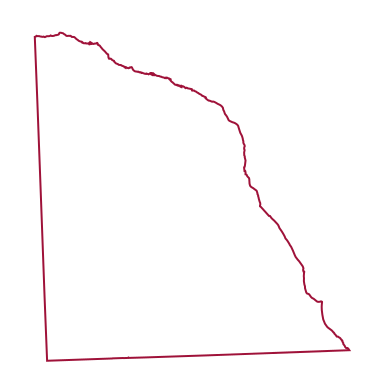 Franklin Harbour, South Australia, Australia (Mercator projection), rotated 268°
{"feature_id": "25037944B7803908509786", "entity_name": "Franklin Harbour", "entity_type": "district", "adm_level": 2, "iso_a3": "AUS", "parent_name": "Australia", "parent_adm1": "South Australia", "projection": "mercator", "projection_center": [137.156, -33.602], "detail": "fine", "context": "isolated", "style": "outline", "palette": "rose", "viewbox_px": 384, "rotation_deg": 268, "n_neighbors": 0, "source": "geoboundaries", "source_scale": "gbopen_adm2", "svg_char_len": 5882}
<svg xmlns="http://www.w3.org/2000/svg" viewBox="0 0 384 384"><g transform="rotate(268 192 192)"><path d="M28.4,343.7L29.7,342.9L30.4,342.3L30.7,341.7L30.6,341.0L30.7,340.6L31.7,339.7L33.0,339.2L34.8,337.9L35.8,337.9L36.5,337.4L38.1,337.1L38.4,336.9L38.4,336.5L39.1,336.3L40.1,335.4L40.7,335.1L41.1,334.6L41.8,333.5L42.3,333.0L42.5,332.2L42.4,331.8L42.5,331.6L44.2,330.5L45.4,329.4L46.1,329.2L46.3,328.9L46.6,328.8L46.8,328.4L47.8,327.7L48.9,326.7L51.6,323.3L52.5,322.4L55.7,320.3L60.1,318.7L64.8,318.0L69.5,317.6L72.7,317.6L75.0,317.8L77.1,318.1L77.7,318.1L78.0,317.7L78.2,317.0L77.9,316.4L77.8,314.2L78.2,313.1L81.1,309.8L81.9,308.3L82.9,307.3L85.5,305.6L86.0,305.0L86.5,303.5L87.1,303.0L87.6,302.7L91.9,301.6L93.8,301.6L95.6,301.1L99.1,300.7L101.9,300.9L104.0,300.8L106.9,301.1L108.4,301.4L108.6,301.3L108.6,300.9L108.6,300.7L109.5,300.4L110.9,300.4L111.9,300.7L113.8,300.1L119.0,296.7L120.8,295.2L123.5,293.3L125.6,292.4L129.7,290.9L133.7,289.2L135.7,287.9L136.9,287.4L139.5,285.9L141.0,284.9L142.3,283.8L144.3,283.1L147.1,281.7L149.4,280.4L152.8,278.2L155.7,277.1L156.9,276.3L160.6,273.1L161.9,271.7L163.2,270.5L165.3,269.1L165.4,268.8L165.4,268.1L174.7,260.3L175.3,259.5L176.1,259.5L177.0,259.8L178.1,259.8L178.9,259.7L179.8,259.3L183.0,258.5L184.4,258.3L185.2,258.0L186.2,258.0L187.8,257.3L188.3,257.4L190.8,256.7L191.3,256.3L193.1,254.0L193.6,253.5L194.0,252.8L195.0,251.3L196.2,250.3L198.3,249.8L201.9,249.7L202.8,249.7L204.0,249.4L205.4,248.1L206.2,247.6L207.3,247.2L207.6,246.8L207.8,246.1L208.4,246.1L209.4,246.2L211.0,246.0L211.2,245.9L211.4,245.7L211.1,245.3L211.1,245.2L214.6,244.9L215.0,245.0L215.3,245.5L217.1,245.9L221.6,246.6L224.9,245.9L225.2,246.0L226.0,245.9L226.8,245.5L227.6,245.5L229.8,245.5L231.7,246.0L232.7,245.9L233.2,245.6L234.0,245.7L235.0,245.8L235.6,246.2L236.1,246.3L237.1,246.1L238.1,245.6L238.5,245.3L238.9,245.2L240.0,245.0L241.0,245.1L242.3,244.7L243.5,244.6L245.5,244.1L246.7,243.7L249.3,242.4L250.6,242.0L254.9,240.8L256.3,240.5L257.3,239.9L258.2,239.0L259.2,237.6L259.9,236.2L260.3,234.9L261.4,232.7L261.9,231.8L262.6,231.1L265.7,229.8L267.4,228.8L268.5,227.9L269.7,227.4L271.5,226.9L272.9,226.2L275.1,225.8L276.3,225.0L277.4,223.9L278.1,222.9L279.4,220.4L279.9,219.8L281.3,217.4L281.7,216.1L281.5,215.3L282.7,212.7L282.7,212.1L283.1,211.3L284.5,209.6L285.5,208.7L285.7,208.8L285.6,209.1L285.9,209.2L286.3,208.9L286.9,207.5L287.5,206.5L287.7,205.6L288.3,205.2L289.1,204.2L289.9,202.6L290.7,201.8L291.0,201.0L292.2,199.5L292.8,198.1L293.4,197.5L293.4,197.1L293.3,196.3L293.4,195.6L293.9,195.4L294.6,195.5L294.8,195.4L295.8,191.2L296.2,190.8L296.3,190.4L296.4,190.1L296.1,189.6L296.0,189.3L296.3,189.0L296.6,188.4L297.2,188.1L298.0,186.6L297.9,186.4L297.7,186.2L297.7,185.8L297.6,185.5L298.3,185.5L298.7,184.8L298.6,184.6L297.5,184.9L297.3,184.9L297.7,184.0L298.1,183.8L298.4,183.3L299.1,182.6L299.2,182.0L299.7,180.8L299.7,180.4L299.4,180.7L299.0,181.4L298.9,181.4L299.4,180.3L300.0,178.6L301.2,177.5L301.5,177.1L302.2,176.5L302.9,175.5L304.4,174.3L305.1,174.0L305.1,174.6L305.4,174.6L305.9,173.7L305.4,173.6L305.4,173.4L305.7,173.2L306.1,172.8L306.9,171.6L307.1,171.1L306.8,170.7L307.2,170.4L307.3,170.0L306.7,169.4L306.7,169.1L306.8,168.7L307.3,168.1L307.8,166.1L308.3,165.3L308.4,164.7L308.4,164.4L308.7,163.9L309.0,163.3L309.3,161.2L309.7,160.3L310.2,159.5L310.3,158.9L310.0,158.4L310.0,158.0L310.3,157.3L310.4,156.9L310.2,156.8L310.0,157.2L310.1,156.8L310.7,155.8L310.8,156.1L310.6,156.8L310.6,157.6L311.2,157.5L311.5,157.9L312.1,157.2L311.9,156.4L312.0,156.3L312.3,156.0L312.4,154.8L312.3,154.6L312.1,154.7L311.7,153.7L311.1,152.8L311.5,152.0L311.7,151.2L312.0,150.7L311.9,150.2L311.6,150.7L311.6,150.2L311.8,149.0L312.8,146.5L312.7,145.6L312.9,145.5L313.1,145.6L313.2,145.2L313.4,145.0L313.4,144.5L313.6,144.2L313.4,143.9L313.4,143.6L313.7,143.1L314.1,142.6L314.2,142.2L314.0,141.7L314.3,140.8L314.4,140.0L314.7,139.0L315.7,137.8L316.5,137.2L318.4,136.4L318.9,136.0L318.9,135.8L318.7,134.7L318.6,133.9L318.3,133.5L318.2,133.8L317.9,133.0L318.3,131.6L318.7,130.9L319.0,130.5L319.1,130.2L318.8,130.1L318.5,130.2L318.3,130.1L318.6,129.7L319.0,128.9L319.6,128.6L320.1,128.0L320.2,127.4L320.6,126.4L320.9,126.2L321.1,125.9L321.1,125.6L321.4,125.2L321.6,123.4L321.9,122.9L322.5,122.3L322.6,121.8L322.9,121.3L323.3,120.3L325.0,118.9L325.1,118.7L325.8,118.6L326.6,116.9L327.5,116.2L328.0,115.6L328.1,115.3L328.0,114.8L328.3,114.2L328.1,113.9L328.2,113.6L329.5,113.2L332.4,113.0L332.7,112.4L333.3,111.6L333.8,111.3L334.2,110.9L335.5,109.9L337.8,107.6L339.3,106.5L340.0,105.9L341.4,105.0L341.5,104.8L341.7,104.6L341.8,104.2L342.0,104.1L342.1,103.7L342.5,103.0L343.2,102.7L343.4,103.0L343.6,103.0L344.3,102.5L344.3,102.2L343.9,101.5L343.7,100.6L343.7,99.6L343.4,99.0L343.6,97.6L343.4,96.8L343.6,96.2L343.9,95.6L344.1,95.6L344.5,95.4L344.6,95.1L344.6,95.7L344.7,95.9L345.0,95.9L345.0,96.0L345.4,95.4L345.0,95.1L344.7,94.5L344.3,94.4L344.1,94.2L343.8,94.7L343.8,95.1L343.7,95.3L343.3,95.3L343.1,94.7L343.2,94.4L343.8,94.2L343.9,93.9L344.1,92.8L344.0,92.2L344.5,90.9L344.3,90.7L344.4,90.1L344.4,89.1L344.9,88.3L345.1,87.9L345.0,87.6L345.4,87.3L345.6,87.3L345.6,87.6L345.8,87.4L346.1,87.0L346.0,86.6L346.7,84.8L347.2,83.9L347.9,83.2L348.9,81.8L350.3,80.5L350.9,79.8L351.2,78.3L351.1,77.5L351.5,76.9L352.2,76.3L352.4,75.7L352.3,75.1L352.4,74.2L352.3,72.5L352.6,71.7L353.6,70.8L354.0,70.0L355.1,68.7L355.7,66.6L355.8,65.5L355.6,65.1L354.8,64.6L354.2,64.4L353.9,63.8L353.7,63.1L353.7,62.6L353.5,62.1L353.5,61.0L352.9,59.4L352.8,58.3L352.8,57.5L352.9,57.1L353.4,56.2L352.9,55.5L352.7,54.5L352.8,52.4L351.9,50.4L352.1,49.8L352.5,49.2L352.3,48.5L352.3,47.6L352.6,46.8L352.7,45.8L353.1,44.8L353.2,42.9L353.5,42.0L352.8,41.4L352.5,40.3L287.5,40.6L208.8,40.8L92.4,41.0L28.4,41.3L28.4,106.6L28.5,106.7L28.5,106.8L28.5,117.3L28.4,117.8L28.4,123.2L28.5,123.2L28.4,123.4L28.3,139.8L28.2,199.5L28.4,343.7Z" fill="none" stroke="#9f1239" stroke-width="2"/></g></svg>